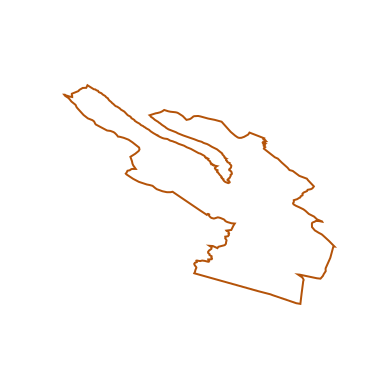 Loabák sme 1, Troms, Norway, rotated 19°
{"feature_id": "86288312B71092207563612", "entity_name": "Loabák sme 1", "entity_type": "district", "adm_level": 2, "iso_a3": "NOR", "parent_name": "Norway", "parent_adm1": "Troms", "projection": "robinson", "projection_center": [17.762, 68.717], "detail": "fine", "context": "isolated", "style": "outline", "palette": "amber", "viewbox_px": 384, "rotation_deg": 19, "n_neighbors": 0, "source": "geoboundaries", "source_scale": "gbopen_adm2", "svg_char_len": 6030}
<svg xmlns="http://www.w3.org/2000/svg" viewBox="0 0 384 384"><g transform="rotate(19 192 192)"><path d="M324.6,177.5L319.2,177.2L315.4,175.5L309.6,174.7L305.5,172.9L303.0,172.1L298.2,171.5L294.7,171.2L292.0,170.6L291.2,169.7L291.5,168.5L291.4,167.9L290.9,166.6L293.7,164.6L295.4,162.5L296.0,162.1L296.2,161.6L296.1,160.9L296.8,159.8L297.5,159.3L297.6,158.8L297.0,157.6L297.7,156.2L300.4,153.7L300.6,152.3L303.5,150.6L304.3,149.8L305.1,148.3L305.4,147.0L297.9,143.1L296.3,142.0L288.2,141.8L280.4,139.3L277.0,139.5L274.4,137.9L267.2,134.9L262.3,132.5L259.1,132.2L245.8,127.6L245.8,127.0L246.6,125.7L245.6,125.3L245.7,125.2L245.6,124.9L245.4,124.7L245.5,124.5L244.8,124.3L245.0,124.0L244.8,123.9L245.2,123.5L244.4,123.2L243.8,123.2L243.3,122.8L244.5,122.3L243.9,122.2L243.5,121.8L244.0,121.7L243.7,121.6L243.8,121.5L245.0,120.8L245.1,120.5L244.8,120.4L245.5,120.0L245.0,119.8L245.1,119.6L244.4,119.1L243.6,118.9L242.7,119.0L242.6,118.7L242.0,118.6L241.9,118.4L242.9,117.9L242.9,117.7L227.0,117.1L226.4,119.4L223.3,122.9L221.0,124.7L218.9,125.5L217.4,125.5L214.5,124.7L209.1,122.6L197.1,115.9L189.9,116.4L183.3,117.3L175.4,117.8L173.1,118.1L169.4,119.6L168.7,120.2L167.5,122.2L166.7,123.3L165.8,124.1L163.3,125.6L158.5,123.2L153.2,121.9L151.9,121.8L150.3,122.0L145.6,123.1L143.2,123.4L139.0,123.5L137.6,125.4L136.1,126.9L133.6,128.6L132.1,129.4L127.0,133.2L127.8,133.5L128.4,134.1L129.1,134.4L130.8,134.8L133.5,135.9L137.1,136.7L138.3,137.2L139.3,137.4L141.7,138.3L145.6,139.3L146.7,139.8L149.3,140.4L157.3,140.7L159.6,141.1L165.5,141.4L177.2,141.4L181.3,141.6L184.3,141.4L185.7,141.5L186.7,141.8L189.2,141.8L190.2,141.7L192.5,142.0L196.1,142.8L201.7,143.5L207.0,145.4L206.7,145.6L207.2,145.4L208.5,146.4L208.7,146.7L210.2,147.4L211.0,148.0L211.3,148.1L211.5,148.8L212.4,149.0L211.8,149.2L211.5,149.4L212.4,149.1L212.7,149.3L212.3,149.4L212.7,149.3L213.4,149.7L213.9,150.9L214.8,151.1L216.0,152.2L215.3,152.4L215.3,152.6L215.4,152.4L216.1,152.2L217.0,152.3L216.6,152.6L217.1,152.3L217.5,152.4L218.8,153.3L220.1,153.9L220.7,154.5L220.7,155.2L220.8,155.4L220.9,156.1L220.6,157.0L220.0,157.9L219.8,158.6L219.9,158.9L220.4,159.3L221.0,159.1L221.3,159.1L220.9,159.2L221.0,159.3L221.6,159.1L221.3,159.4L221.8,159.5L222.2,159.9L222.8,160.2L223.3,160.9L223.3,161.2L223.8,161.8L223.6,162.4L222.9,163.3L223.3,164.0L223.0,166.4L222.3,167.2L222.4,167.9L221.9,168.2L221.7,168.7L221.6,169.0L221.9,169.4L223.7,169.7L224.4,170.4L224.5,170.6L224.3,171.0L223.5,171.5L223.3,171.8L220.3,171.7L218.6,171.1L217.5,170.3L217.6,169.7L215.8,169.3L215.6,169.1L215.2,168.8L215.5,168.5L214.6,167.7L212.5,166.7L211.6,166.0L211.1,165.8L210.5,165.2L209.5,165.0L209.5,164.6L208.8,164.2L208.6,163.8L209.1,163.4L209.9,163.1L207.7,163.0L207.2,163.1L207.1,162.9L206.0,162.3L205.9,162.0L206.1,161.9L206.0,161.5L206.7,160.0L207.2,159.4L203.8,159.8L203.4,159.7L202.8,159.8L202.6,159.7L203.3,159.6L203.7,159.8L203.9,159.5L204.4,159.5L203.7,159.3L201.5,159.3L201.1,159.5L200.6,159.0L201.1,158.7L200.3,158.4L199.8,157.8L199.0,157.3L198.9,157.0L197.0,156.5L196.8,156.1L196.1,155.8L196.0,155.6L196.3,155.2L195.7,155.1L195.9,155.3L194.5,155.5L193.0,154.8L192.5,154.1L191.9,153.8L187.4,153.0L185.6,153.1L176.9,151.6L172.5,151.4L169.4,150.8L163.7,150.8L160.5,150.4L158.0,150.4L157.5,150.3L154.6,150.5L151.6,149.9L150.8,150.0L148.4,150.5L146.5,150.6L143.4,150.3L141.2,149.9L141.4,149.7L141.1,149.6L141.0,149.8L136.3,148.9L133.2,148.1L131.1,147.2L127.6,146.6L127.1,146.3L125.4,146.0L124.4,145.6L121.9,145.3L120.2,144.5L117.3,144.0L114.7,143.3L114.1,142.7L111.7,142.1L110.8,142.0L110.2,141.4L109.2,140.8L106.2,140.3L101.8,138.0L97.9,137.2L96.6,136.5L95.5,136.2L93.5,135.7L92.1,135.7L91.1,135.4L88.8,134.3L87.7,134.0L86.5,133.3L84.1,132.4L82.6,131.5L82.2,130.9L80.0,130.3L78.7,129.5L75.9,128.9L74.2,128.1L71.3,127.9L70.1,126.9L68.6,127.0L67.3,126.5L65.7,126.8L58.4,125.1L58.1,127.9L54.8,129.2L52.3,132.1L51.7,133.6L46.4,138.2L46.7,139.2L47.4,140.1L47.8,141.2L45.1,141.6L41.3,141.7L40.1,141.4L39.5,141.6L40.8,142.4L44.4,143.3L46.2,144.2L48.5,145.7L53.5,147.5L55.3,149.4L56.6,150.2L64.4,154.5L69.6,156.3L74.4,156.5L75.4,156.8L76.5,157.2L78.2,158.9L79.1,159.5L91.7,161.5L95.0,160.8L98.4,160.9L100.0,161.4L102.2,162.5L104.0,163.7L105.7,163.3L109.8,163.0L115.0,163.2L119.5,164.4L127.5,167.2L128.5,168.9L128.2,170.6L125.9,174.3L122.3,178.8L125.2,182.4L126.5,184.6L127.8,186.0L131.3,188.5L127.8,189.7L126.8,190.6L126.1,191.7L124.1,192.9L123.8,195.1L123.4,196.2L124.3,196.7L132.0,198.7L138.4,199.7L146.8,199.6L149.7,199.2L152.7,199.0L156.1,200.3L157.8,200.8L163.9,200.9L168.1,200.4L171.5,199.3L173.6,198.1L205.7,206.8L213.5,208.8L213.8,207.9L214.2,207.5L215.0,207.5L215.5,207.6L215.4,208.2L216.2,209.1L217.6,209.8L218.8,210.2L221.2,210.0L221.8,209.7L224.6,207.6L225.7,207.4L227.4,207.3L230.5,207.5L231.7,207.7L232.6,208.4L234.0,208.8L235.4,208.9L239.6,208.7L242.7,207.9L242.1,210.4L241.5,215.1L237.1,217.3L237.4,217.5L238.6,217.6L239.4,217.8L240.5,219.0L240.1,219.7L240.7,220.2L240.9,220.6L240.4,222.1L238.0,223.4L238.4,224.1L238.4,224.7L238.8,224.8L239.0,225.4L240.2,226.2L240.5,226.8L240.5,227.9L240.9,229.9L240.4,231.3L239.8,231.9L234.8,235.2L234.3,236.8L229.3,236.3L226.0,237.2L228.6,237.9L228.8,239.5L227.1,241.9L226.7,243.5L227.2,244.4L228.8,245.0L229.0,245.8L231.5,246.4L231.6,247.6L232.3,248.0L232.6,248.5L232.5,249.1L231.8,249.5L229.3,250.5L229.5,250.9L230.7,251.7L230.5,252.5L229.8,252.7L226.4,253.0L223.9,253.5L222.3,254.6L221.0,254.9L218.9,255.2L218.5,255.5L218.8,256.0L219.3,256.4L219.4,256.7L217.8,258.0L217.5,259.3L218.5,260.4L220.5,261.7L220.8,262.2L220.6,264.5L220.8,266.3L220.6,268.1L287.0,264.2L299.6,263.2L301.7,263.3L326.8,263.2L330.9,262.5L328.7,252.4L326.2,240.1L326.2,238.8L325.3,237.8L323.9,236.8L319.1,235.5L320.7,235.1L338.2,232.9L341.7,232.1L343.1,228.7L343.3,226.8L344.2,223.3L343.5,221.7L343.2,220.6L344.2,209.2L343.4,197.5L344.5,197.2L337.3,193.6L330.4,190.6L328.4,189.8L325.1,189.3L320.6,188.3L316.9,186.1L315.7,183.0L315.7,182.0L316.5,181.1L317.5,180.3L318.6,179.0L321.7,178.1L324.8,177.7L324.6,177.5Z" fill="none" stroke="#b45309" stroke-width="2"/></g></svg>